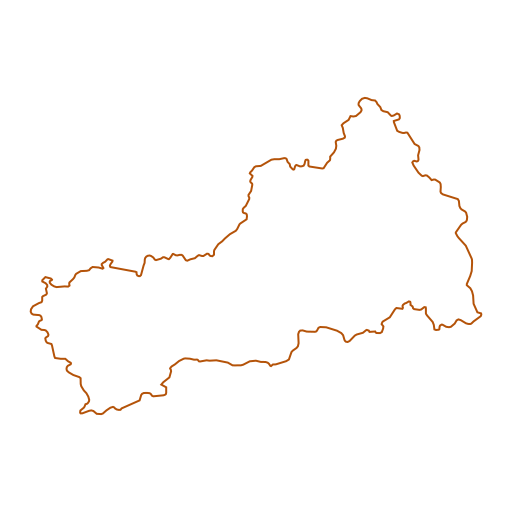 an SVG outline of Cherkasy
{"feature_id": "UKR-319", "entity_name": "Cherkasy", "entity_type": "Region", "adm_level": 1, "iso_a3": "UKR", "parent_name": "Ukraine", "parent_adm1": "", "projection": "equal_earth", "projection_center": [31.26, 49.352], "detail": "fine", "context": "isolated", "style": "outline", "palette": "amber", "viewbox_px": 512, "rotation_deg": 0, "n_neighbors": 0, "source": "natural_earth", "source_scale": "10m", "svg_char_len": 6018}
<svg xmlns="http://www.w3.org/2000/svg" viewBox="0 0 512 512"><path d="M364.8,97.9L367.3,98.3L371.6,100.1L375.1,100.5L376.6,102.2L377.4,104.0L380.3,107.1L381.4,110.0L383.3,111.2L387.7,112.2L390.9,115.6L391.8,116.0L393.7,115.5L397.0,113.5L399.1,114.4L399.7,115.9L399.8,118.0L399.4,118.8L398.9,119.4L393.8,121.0L393.9,122.2L397.2,130.8L399.2,131.9L402.4,132.9L404.0,133.0L406.0,132.5L407.4,132.7L414.6,144.0L418.4,146.0L419.3,147.4L419.5,150.0L418.1,155.3L418.5,159.4L418.3,160.3L417.9,161.0L416.8,161.5L414.2,160.8L413.0,161.4L412.3,162.5L413.6,165.5L418.5,172.7L421.7,175.7L422.9,176.1L425.4,175.3L426.9,175.5L429.3,177.5L431.6,180.1L433.9,179.5L435.2,179.6L439.8,182.5L440.6,184.1L440.8,187.1L440.5,191.7L441.1,193.1L442.9,194.4L457.8,199.1L458.9,201.0L459.4,206.0L460.4,208.2L461.5,209.4L465.1,211.5L466.1,212.7L467.2,216.8L466.9,219.9L466.5,220.9L465.6,222.0L462.6,223.5L461.1,224.8L455.8,232.4L455.8,233.2L457.4,236.2L458.7,237.9L465.8,245.7L471.6,258.4L472.0,259.7L472.1,262.8L471.7,271.1L470.2,276.0L466.8,284.0L466.8,285.2L470.3,288.2L472.0,291.3L473.1,295.5L473.6,303.8L477.4,312.3L481.1,313.4L481.3,314.7L480.7,316.2L473.6,321.4L471.3,323.6L470.3,324.0L468.1,323.9L466.0,323.3L460.7,320.1L458.4,319.4L456.6,320.4L454.7,323.6L450.9,326.8L449.0,327.2L446.2,326.8L442.5,324.7L441.6,324.6L440.0,325.6L439.5,327.1L439.4,329.1L438.8,329.7L436.0,330.0L434.4,329.4L433.8,324.9L432.7,322.0L427.1,315.5L426.1,314.0L425.9,313.4L425.9,308.5L425.7,307.3L424.3,307.1L421.2,309.5L419.5,309.9L414.1,309.1L413.1,308.3L412.6,306.5L410.5,304.9L410.5,303.0L410.2,301.8L408.9,301.4L406.2,303.0L404.7,303.5L403.0,304.9L402.5,306.0L402.9,307.8L402.4,308.8L396.4,308.0L394.9,309.4L389.8,317.3L382.9,321.5L382.3,322.2L381.6,324.1L383.4,326.4L383.1,328.6L381.8,332.1L380.0,333.1L376.5,333.0L375.7,332.5L375.2,331.5L369.5,331.9L368.8,330.6L366.8,329.9L366.1,330.2L362.9,332.8L356.7,334.5L354.8,335.6L349.6,341.0L347.6,342.0L345.9,341.7L345.1,341.0L344.5,340.0L343.1,335.2L341.3,333.1L337.0,330.7L326.2,327.3L320.3,327.0L319.5,327.3L318.5,327.8L317.1,330.4L316.3,331.4L315.0,331.8L306.8,331.6L302.6,330.4L300.2,330.6L299.0,331.8L298.2,334.2L298.6,343.2L297.9,346.3L296.5,348.0L292.8,350.6L291.5,352.0L288.9,359.5L286.1,361.2L275.7,364.4L272.9,364.5L271.0,366.1L270.3,365.8L268.9,363.7L267.7,362.7L265.6,362.0L260.7,361.9L255.9,360.7L249.8,361.3L243.2,364.7L241.0,365.3L234.3,365.4L232.5,365.3L227.8,362.6L216.4,360.3L209.5,360.7L206.6,360.3L200.0,361.5L198.9,361.3L197.8,359.9L197.1,359.6L194.1,359.7L189.9,358.7L185.2,358.4L183.7,358.7L179.1,361.0L174.9,364.4L171.7,366.4L170.5,367.7L170.1,368.6L170.8,369.6L171.1,371.3L169.4,377.4L163.2,382.3L161.3,384.6L166.2,387.3L166.2,392.8L165.8,394.2L164.9,394.8L163.5,395.3L153.4,396.3L152.1,395.8L150.7,393.9L149.6,393.2L147.0,392.9L143.8,393.0L142.1,393.8L141.2,395.0L139.6,400.4L121.6,408.4L120.5,409.8L118.8,409.9L116.8,409.5L115.1,408.5L114.3,407.5L113.0,406.9L110.4,407.7L106.4,410.4L102.9,413.5L101.2,414.1L96.7,413.8L93.4,411.0L91.3,410.4L89.1,410.8L82.4,413.3L80.7,413.4L80.3,413.0L80.1,412.3L80.4,410.5L83.8,407.7L84.5,406.7L85.5,404.2L87.0,403.8L87.9,403.0L89.0,401.3L89.2,399.8L88.3,396.6L86.4,393.2L83.8,390.4L81.3,386.3L80.7,384.0L80.6,378.2L79.3,377.1L73.3,375.0L68.7,372.3L66.9,370.6L66.5,368.9L66.8,367.2L67.8,365.8L70.7,364.3L71.0,363.2L70.5,362.6L68.2,361.4L65.3,358.8L60.7,358.8L55.1,358.0L54.4,356.5L52.0,345.5L51.4,344.0L47.4,342.9L46.5,342.1L45.7,340.6L45.3,338.3L45.8,337.6L48.0,336.1L48.3,335.4L48.4,334.5L47.5,332.3L45.7,330.4L44.3,330.0L41.4,329.8L36.5,326.6L36.4,326.1L37.9,324.2L38.9,321.7L39.5,321.0L41.6,320.1L41.9,319.4L41.4,317.0L40.5,315.7L39.2,315.1L33.3,314.6L31.6,313.6L30.7,311.7L31.0,309.3L33.0,306.3L38.9,303.1L41.5,302.2L42.2,300.7L42.2,297.0L42.9,296.2L46.2,294.6L46.6,294.0L46.9,293.2L45.9,288.7L47.3,286.6L47.2,285.0L45.6,283.2L42.3,281.5L42.3,280.2L45.4,277.1L50.8,278.5L52.0,279.6L51.8,280.1L50.0,281.0L49.7,281.6L49.8,282.8L51.4,284.7L54.2,286.4L56.5,287.1L64.6,286.4L68.1,286.6L69.5,285.6L69.2,283.8L69.4,282.5L73.1,279.0L74.3,277.5L75.4,274.8L76.2,273.8L80.8,271.1L86.8,270.8L89.1,270.2L90.6,268.3L92.6,267.0L98.6,267.5L102.6,268.7L103.4,268.0L101.7,265.0L101.7,264.1L103.1,262.8L105.1,261.8L107.5,259.3L108.3,259.1L112.5,260.6L112.4,261.6L110.8,263.7L109.9,265.5L110.1,266.7L110.6,267.1L135.4,271.7L136.5,272.2L136.6,274.1L137.3,275.5L138.7,276.1L139.9,276.1L141.0,275.1L143.6,265.5L144.6,262.9L144.8,259.4L145.2,258.0L146.3,256.6L147.7,255.8L149.6,255.5L151.1,256.0L153.3,257.5L154.8,259.6L156.0,260.1L160.9,258.7L163.1,257.2L164.5,257.3L168.3,259.1L169.0,259.1L170.3,257.7L172.7,254.0L173.2,253.9L175.9,255.3L177.5,255.4L179.5,254.9L181.7,254.9L182.7,255.6L185.8,260.2L187.3,260.7L190.4,259.3L194.9,258.2L197.7,255.8L199.0,255.1L202.0,256.0L203.4,256.0L207.0,253.7L208.5,253.9L209.7,255.5L210.6,256.0L212.4,256.2L214.0,254.7L214.0,251.2L214.4,249.9L218.3,244.2L222.2,241.3L224.9,238.5L229.9,234.2L235.8,230.8L237.2,229.0L239.5,224.3L240.3,223.5L246.6,219.3L247.0,216.2L246.7,214.3L245.7,213.4L244.1,213.1L243.0,212.4L242.7,211.2L242.8,209.1L243.7,207.8L245.8,205.9L249.2,199.1L249.3,197.7L248.5,196.1L248.5,194.9L251.1,191.0L252.3,184.8L252.1,183.6L250.6,182.3L250.2,181.2L250.7,179.7L252.3,177.1L252.5,175.9L249.8,173.4L250.2,172.4L252.0,170.6L254.3,167.2L255.9,166.3L260.8,165.9L271.4,159.7L274.3,159.2L279.3,159.2L284.3,158.1L285.7,158.3L286.6,159.0L287.6,161.9L289.7,164.1L290.2,166.6L292.7,169.3L293.4,169.6L294.2,169.3L295.1,166.3L295.8,165.3L296.5,165.0L300.0,166.4L301.8,166.3L303.6,165.7L304.6,163.9L305.1,161.3L305.7,159.9L307.1,159.6L307.7,159.8L308.4,160.8L308.4,165.6L309.4,166.5L322.3,168.5L323.6,168.2L327.1,162.8L329.9,160.3L330.2,159.0L330.2,156.6L334.0,152.3L335.9,148.7L336.3,145.8L335.7,142.0L336.3,140.7L337.6,140.0L342.9,138.7L344.8,137.6L345.0,136.3L343.7,133.0L342.8,127.9L341.7,125.2L343.4,123.3L348.6,119.9L350.5,116.1L353.4,116.5L356.0,116.0L360.5,112.2L361.5,110.5L361.5,109.2L361.0,108.1L358.7,105.2L358.5,104.1L358.8,102.7L359.9,100.9L362.0,98.8L364.8,97.9Z" fill="none" stroke="#b45309" stroke-width="2"/></svg>